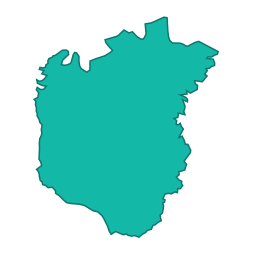 the district of Monte Alegre dos Campos, Rio Grande do Sul, Brazil, rotated 178°
{"feature_id": "56859067B8429255067191", "entity_name": "Monte Alegre dos Campos", "entity_type": "district", "adm_level": 2, "iso_a3": "BRA", "parent_name": "Brazil", "parent_adm1": "Rio Grande do Sul", "projection": "robinson", "projection_center": [-50.806, -28.697], "detail": "fine", "context": "isolated", "style": "filled", "palette": "teal", "viewbox_px": 256, "rotation_deg": 178, "n_neighbors": 0, "source": "geoboundaries", "source_scale": "gbopen_adm2", "svg_char_len": 2671}
<svg xmlns="http://www.w3.org/2000/svg" viewBox="0 0 256 256"><g transform="rotate(178 128 128)"><path d="M187.4,54.5L179.0,53.5L176.0,52.6L173.9,51.9L165.6,46.4L161.2,45.3L157.2,41.4L155.6,38.9L151.9,30.7L150.3,25.3L148.5,22.3L144.0,25.0L136.5,21.5L133.2,22.3L131.9,20.8L128.1,19.8L125.2,20.3L121.0,18.5L116.6,21.8L114.1,22.9L112.4,24.9L108.2,26.0L106.6,29.6L104.2,30.4L101.5,32.5L98.0,34.2L98.7,37.4L98.9,40.2L96.7,41.6L95.7,45.6L95.2,48.8L95.9,52.1L94.1,52.6L93.5,54.9L95.6,56.1L94.4,58.4L93.4,60.7L89.5,61.3L87.1,60.6L83.4,62.5L80.9,61.7L80.4,65.7L78.1,65.4L75.3,68.5L76.5,70.6L76.1,72.8L79.0,74.4L81.4,77.2L78.5,79.5L78.7,82.5L72.8,84.0L70.8,89.7L73.1,92.9L66.6,101.1L66.1,103.6L68.7,109.5L71.3,109.9L72.2,113.6L74.2,118.0L77.4,116.7L76.1,119.2L72.7,125.0L74.6,127.6L75.6,130.9L77.8,129.4L79.7,130.1L79.1,133.7L81.7,135.9L77.9,136.8L77.3,139.0L77.3,141.2L70.6,139.3L71.7,142.5L70.5,145.8L70.3,148.0L72.5,154.4L67.7,152.1L67.5,154.6L69.0,156.5L74.6,159.2L67.8,159.9L68.1,163.3L64.4,160.7L60.3,162.7L57.5,164.1L57.0,168.2L59.4,170.1L59.6,173.0L52.1,171.6L47.1,177.3L49.5,179.1L46.7,182.6L48.0,184.6L44.7,184.8L42.3,186.6L39.3,187.5L39.1,189.7L40.4,193.8L46.9,194.8L45.5,196.4L42.3,195.9L38.6,197.9L36.1,198.6L35.2,201.2L54.3,212.1L58.5,211.0L65.5,207.6L67.3,208.0L70.3,210.0L73.0,211.0L80.7,211.4L83.2,214.1L84.2,217.1L84.8,223.2L85.1,236.8L88.2,237.5L100.8,232.3L107.2,231.4L106.6,221.2L108.6,217.7L110.0,216.1L112.5,216.7L115.8,219.0L120.2,224.0L123.8,223.0L128.6,226.1L134.3,221.0L136.5,219.9L147.8,217.0L147.3,214.4L145.1,211.1L140.7,206.0L143.8,203.7L145.5,202.7L148.8,200.9L157.9,198.3L163.6,196.2L163.8,192.4L164.0,187.3L167.2,185.2L172.6,188.8L174.1,191.6L174.7,196.5L174.5,201.3L176.8,204.9L178.8,205.3L180.3,202.9L182.4,195.8L183.6,194.3L187.6,193.0L189.5,193.0L192.4,193.6L190.9,198.2L184.8,203.5L185.0,206.6L187.1,208.1L190.9,208.0L198.1,203.1L200.3,202.8L201.5,201.2L204.7,200.1L205.7,198.0L205.7,195.4L207.9,193.9L208.2,191.7L211.1,191.0L213.8,191.7L214.6,189.6L210.1,188.4L212.2,185.2L207.2,183.3L209.3,180.5L212.5,178.1L215.2,177.9L217.5,179.4L216.9,175.8L211.5,173.2L208.2,172.7L210.9,169.6L214.1,169.5L217.3,171.8L218.3,169.4L216.1,166.5L217.0,161.7L220.8,159.9L219.1,157.6L219.7,154.9L218.8,151.1L219.1,148.1L218.3,146.1L218.4,143.3L216.6,139.8L215.8,136.5L213.7,134.1L214.7,129.4L214.3,125.6L215.1,123.1L216.6,120.3L217.2,115.5L217.1,112.7L217.3,108.7L217.6,105.4L218.0,99.8L216.4,97.2L215.6,93.5L220.8,89.8L219.3,87.8L218.3,85.3L218.3,82.9L217.5,78.5L215.7,77.1L215.3,74.4L212.3,73.5L210.0,71.2L206.0,71.4L204.2,69.9L202.6,67.5L202.6,65.2L199.4,63.0L194.5,57.9L192.1,55.6L187.4,54.5Z" fill="#14b8a6" stroke="#0f766e" stroke-width="1.5"/></g></svg>